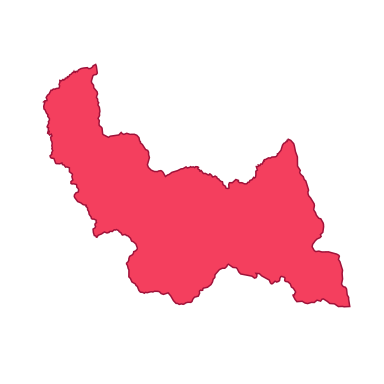 the district of Aguadas, Caldas, Colombia, rotated 168°
{"feature_id": "7082276B11413652619505", "entity_name": "Aguadas", "entity_type": "district", "adm_level": 2, "iso_a3": "COL", "parent_name": "Colombia", "parent_adm1": "Caldas", "projection": "mercator", "projection_center": [-75.406, 5.579], "detail": "fine", "context": "isolated", "style": "filled", "palette": "rose", "viewbox_px": 384, "rotation_deg": 168, "n_neighbors": 0, "source": "geoboundaries", "source_scale": "gbopen_adm2", "svg_char_len": 5992}
<svg xmlns="http://www.w3.org/2000/svg" viewBox="0 0 384 384"><g transform="rotate(168 192 192)"><path d="M88.9,58.5L87.1,60.1L85.7,60.1L82.4,56.9L80.4,54.3L75.9,53.0L72.6,49.5L68.6,48.8L67.1,48.1L61.5,47.2L61.1,54.4L60.7,56.4L61.6,59.1L61.0,65.0L61.7,66.9L63.5,67.9L64.4,69.1L64.9,70.9L62.8,75.6L62.1,81.1L61.0,84.2L61.8,93.1L62.8,95.6L61.2,98.6L61.7,99.7L63.4,101.2L71.0,105.1L77.3,106.3L80.2,107.8L83.3,108.0L84.6,109.2L85.9,113.4L84.9,115.7L81.6,118.7L79.3,120.1L76.4,120.7L74.9,121.7L75.3,123.6L72.4,125.4L70.5,130.6L70.1,133.2L70.2,134.6L71.6,139.0L73.5,140.0L75.2,143.5L75.5,146.2L76.5,148.7L76.6,149.6L75.1,153.2L75.0,155.1L77.3,161.6L78.5,163.7L78.9,165.6L78.6,168.2L77.8,169.0L77.6,170.2L78.4,179.2L79.6,180.8L80.0,183.9L82.0,186.7L82.5,188.1L82.6,188.9L81.6,190.6L83.4,195.4L81.6,204.4L82.4,209.9L82.3,216.1L82.5,218.2L84.7,222.0L86.9,223.6L87.6,222.8L88.2,222.8L88.5,221.7L89.1,221.9L90.9,220.7L92.1,220.5L93.7,219.0L96.3,214.3L99.7,211.6L100.5,211.6L100.7,210.5L102.1,209.3L103.3,209.1L106.7,209.6L108.2,208.9L110.1,209.5L113.2,208.5L114.4,208.6L115.3,207.9L115.1,207.1L116.1,206.7L117.5,204.8L118.9,205.1L120.0,203.8L121.5,204.6L121.5,203.5L122.1,203.2L123.8,203.5L123.5,199.8L125.2,199.1L126.0,195.3L126.9,193.2L127.9,192.7L128.6,193.5L130.7,191.6L133.0,191.2L133.8,189.9L135.5,189.8L136.3,188.9L137.4,188.7L139.0,189.1L141.2,190.7L143.6,191.2L144.7,192.9L144.2,193.7L146.5,195.1L150.6,192.7L153.4,193.3L154.5,191.8L155.0,188.2L156.0,187.9L157.6,188.5L158.1,189.0L158.1,190.6L160.1,192.7L160.1,195.7L161.4,196.3L162.8,198.0L163.0,198.9L164.4,200.0L164.7,201.5L166.1,202.8L167.3,202.4L168.9,202.5L169.3,204.2L170.7,206.0L171.1,206.0L171.4,205.3L172.6,205.3L175.0,207.4L177.0,207.7L178.5,211.0L179.7,210.6L180.1,211.0L179.9,212.0L181.3,213.3L181.3,214.2L180.6,214.8L181.5,215.6L183.2,216.0L184.3,215.3L185.2,216.2L187.5,216.5L188.2,217.1L189.0,216.6L191.6,216.5L192.6,217.8L196.0,216.7L197.9,216.9L201.7,215.9L207.6,215.4L210.8,213.9L212.2,213.8L214.8,212.7L216.2,217.2L217.2,218.8L218.0,219.4L220.6,219.5L221.3,219.1L224.6,219.9L227.4,221.9L229.5,225.1L230.0,227.9L226.5,234.5L226.7,237.5L226.2,240.0L226.7,241.9L228.6,243.2L230.7,248.8L232.2,250.7L232.0,251.8L232.6,253.0L232.6,256.2L234.2,259.0L236.5,260.5L240.7,261.3L243.6,263.0L246.7,262.5L248.2,263.7L248.9,265.0L251.7,263.0L260.4,263.6L262.3,262.8L266.8,266.5L267.3,267.4L266.7,273.2L267.3,274.4L268.9,276.4L268.7,278.5L267.8,281.0L268.6,283.5L266.5,286.0L266.2,288.1L265.3,290.1L265.0,294.2L265.8,296.4L265.7,297.4L264.7,298.7L265.4,300.3L265.0,302.5L265.8,304.2L265.2,305.9L264.0,307.5L264.0,309.8L266.4,314.3L266.1,317.0L267.4,319.6L267.4,321.3L264.7,326.4L263.5,326.9L261.1,326.9L259.9,328.0L259.4,335.0L259.7,336.8L262.5,336.0L263.4,334.9L265.7,333.9L267.5,334.2L268.5,335.4L272.4,335.8L274.9,335.8L277.6,335.0L279.1,333.5L279.7,334.0L281.0,334.0L281.2,333.3L282.3,333.9L282.4,334.5L283.1,333.6L283.9,333.7L285.8,332.3L287.3,332.0L287.8,331.1L288.8,330.4L289.8,330.7L290.0,329.7L292.3,329.6L293.0,328.5L294.4,328.2L294.8,328.9L296.6,327.9L298.1,328.6L298.3,327.0L299.7,324.7L299.4,323.6L299.9,322.1L300.7,321.2L303.3,321.5L304.4,321.1L306.3,321.5L307.8,320.6L308.7,320.9L311.4,317.6L313.1,316.8L315.0,314.8L314.6,312.6L314.9,311.6L317.0,311.8L318.3,311.0L317.3,310.5L319.2,306.7L319.5,303.9L318.7,303.1L317.9,299.2L316.9,297.6L317.4,296.0L316.2,293.5L316.6,291.8L317.9,290.6L317.7,289.2L320.1,286.1L320.0,285.1L319.0,284.8L319.8,282.2L319.0,281.1L319.4,280.4L319.9,280.9L320.5,280.8L321.0,279.5L319.9,278.5L319.4,277.3L317.6,277.8L317.3,275.9L318.9,275.0L319.1,271.8L318.6,270.6L318.7,268.3L319.5,266.4L319.5,264.1L320.1,263.5L319.6,261.4L321.1,259.6L321.4,257.9L323.3,257.0L323.3,255.7L322.7,254.5L320.1,253.5L319.4,248.6L318.9,248.0L315.5,247.1L313.2,247.4L313.0,245.7L311.6,245.1L310.5,242.6L309.3,242.6L306.9,241.2L307.7,237.3L305.5,234.7L305.3,233.7L306.3,232.2L306.1,228.5L308.3,227.3L308.6,225.5L307.7,224.8L306.0,224.6L303.4,223.3L303.6,220.5L302.7,219.2L302.4,218.0L303.2,215.7L305.7,215.3L307.6,213.6L308.1,212.1L307.9,210.9L305.8,206.4L303.1,204.6L301.1,202.3L298.2,201.0L298.7,199.9L297.5,198.3L297.8,196.2L297.1,194.4L297.2,191.5L295.8,188.4L296.0,187.5L295.3,186.3L293.4,185.8L291.5,184.2L292.0,182.9L291.8,181.9L293.2,181.3L293.8,180.1L293.5,178.1L294.5,177.0L296.5,176.3L296.9,172.9L296.6,169.7L295.2,169.0L295.0,167.8L294.4,167.5L292.7,169.2L289.2,169.8L286.0,171.1L283.7,169.6L281.5,169.7L281.0,170.4L279.3,170.4L278.3,169.9L275.9,171.2L274.9,170.7L273.8,171.0L271.9,169.6L271.5,168.4L270.1,167.0L269.1,164.4L266.2,164.4L265.0,163.0L263.8,162.5L261.8,159.6L261.3,156.6L259.6,155.4L257.7,152.8L257.1,148.7L257.5,147.4L259.5,146.1L261.4,145.8L261.9,144.5L263.1,143.1L266.4,142.0L267.6,140.0L268.0,138.5L269.0,137.1L270.8,136.0L271.0,135.2L270.4,133.7L270.3,130.4L269.9,128.9L271.4,122.1L270.2,120.2L269.5,116.6L266.5,113.8L266.2,112.2L265.1,111.0L264.4,106.8L263.3,104.8L260.9,104.0L259.7,102.9L258.4,103.5L256.7,102.8L253.7,103.0L251.9,102.8L251.1,102.3L249.3,102.7L245.7,101.8L244.5,101.1L243.3,99.1L241.2,97.8L236.3,98.3L234.4,94.8L232.7,89.5L230.8,86.4L229.1,85.9L227.9,84.7L225.7,84.8L224.0,84.0L222.5,84.2L221.4,84.8L219.2,85.0L216.1,84.3L214.8,84.9L213.6,86.8L211.5,88.6L207.5,88.8L205.6,91.4L205.5,93.0L204.9,93.9L203.9,94.2L203.0,93.7L202.0,93.7L201.4,95.2L200.8,95.6L196.6,95.6L192.7,97.5L190.7,99.7L189.4,102.3L187.5,103.6L186.7,106.3L181.3,110.4L178.2,111.1L175.8,110.6L173.5,111.9L172.6,113.2L171.4,113.8L167.6,109.7L164.4,108.7L163.7,107.5L162.8,104.0L161.4,101.7L150.8,97.2L148.8,94.8L147.2,94.9L146.2,95.9L145.7,97.6L146.3,99.1L143.1,98.2L141.2,95.4L134.7,89.8L134.2,86.9L133.5,85.7L132.3,85.6L129.3,87.5L127.9,86.3L125.7,86.6L124.5,87.6L124.2,89.0L122.7,90.8L121.8,90.8L119.4,89.4L118.9,88.6L119.7,86.3L119.3,85.2L116.8,84.1L115.0,81.7L114.5,78.4L112.9,76.8L111.5,73.1L111.6,72.2L112.5,71.5L113.2,70.1L114.5,70.3L114.7,69.7L113.5,65.4L112.2,62.9L106.9,62.2L104.5,59.9L102.1,58.8L98.1,59.2L95.4,58.5L92.2,60.2L88.9,58.5Z" fill="#f43f5e" stroke="#9f1239" stroke-width="1.5"/></g></svg>